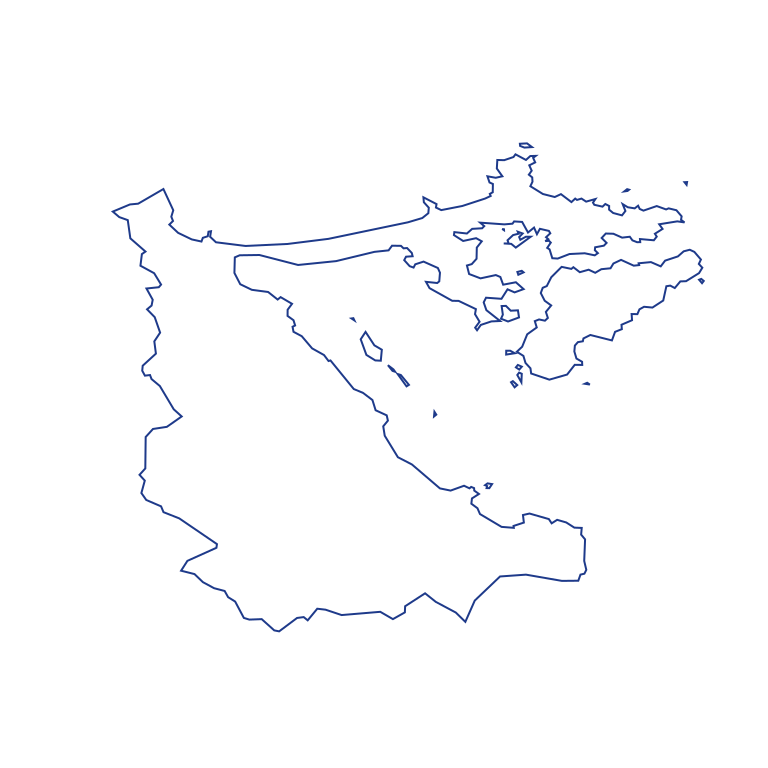 the district of Van Ninh, Khánh Hòa, Vietnam, rotated 280°
{"feature_id": "81297802B51561347842325", "entity_name": "Van Ninh", "entity_type": "district", "adm_level": 2, "iso_a3": "VNM", "parent_name": "Vietnam", "parent_adm1": "Khánh Hòa", "projection": "equal_earth", "projection_center": [109.333, 12.708], "detail": "fine", "context": "isolated", "style": "outline", "palette": "blue", "viewbox_px": 768, "rotation_deg": 280, "n_neighbors": 0, "source": "geoboundaries", "source_scale": "gbopen_adm2", "svg_char_len": 6184}
<svg xmlns="http://www.w3.org/2000/svg" viewBox="0 0 768 768"><g transform="rotate(280 384 384)"><path d="M458.2,123.6L453.2,138.4L443.2,147.2L440.2,145.4L436.8,133.5L426.8,141.6L420.9,141.5L416.4,137.7L410.0,146.6L395.7,154.6L386.1,150.4L374.3,154.1L360.1,143.2L355.1,143.6L350.7,147.1L352.2,152.0L348.5,154.2L343.1,163.6L322.6,181.3L316.9,190.4L304.1,177.6L299.6,164.3L290.4,158.5L259.4,163.6L252.1,159.0L247.3,165.2L234.5,164.0L228.5,170.0L224.8,185.7L219.5,189.1L216.1,205.7L197.3,247.3L193.6,247.4L175.7,221.1L164.9,216.6L163.9,230.4L157.4,240.1L153.4,252.1L152.5,263.0L147.0,267.5L143.9,275.2L129.3,286.6L128.6,292.3L131.2,304.4L122.3,318.7L122.2,323.7L138.5,339.0L140.5,345.4L138.0,349.9L151.1,357.3L151.6,365.6L149.1,382.4L159.0,419.9L154.0,433.6L162.7,444.2L168.8,443.4L185.0,460.8L178.4,472.9L171.4,494.4L163.9,505.4L186.5,511.0L214.6,531.7L220.9,556.9L221.0,593.4L224.0,609.5L230.4,610.6L232.0,614.3L236.1,615.5L244.5,611.9L265.9,609.0L269.9,604.3L276.6,603.7L275.6,596.4L279.3,587.5L280.3,578.1L275.9,573.3L279.6,569.8L281.7,549.8L279.1,543.6L271.8,545.8L266.7,536.2L264.9,536.8L263.7,524.6L272.6,501.1L277.9,497.6L281.3,490.8L286.6,490.5L292.2,496.6L294.7,491.4L297.1,490.8L297.8,487.7L296.1,486.3L297.7,480.5L290.6,468.1L290.9,457.2L309.6,425.5L314.3,410.4L333.2,393.7L342.2,390.6L348.6,394.2L353.6,392.1L356.7,380.3L366.2,375.4L371.6,364.9L373.8,355.1L397.9,327.2L397.0,325.4L402.1,319.9L406.6,307.0L416.8,294.7L419.7,285.8L424.5,284.0L426.2,286.3L431.1,283.8L434.3,277.2L440.4,276.2L447.0,279.5L451.6,267.1L448.7,264.6L454.5,253.9L453.8,237.5L457.3,225.1L467.4,217.4L482.8,215.1L485.7,219.5L489.4,238.9L486.3,278.7L496.7,315.5L512.5,351.7L516.4,365.3L521.6,367.9L523.0,376.7L521.0,379.7L521.9,383.1L517.9,388.6L514.8,390.0L513.2,383.6L509.5,382.4L504.5,388.8L503.8,392.9L507.3,394.0L511.4,401.7L507.6,416.9L503.3,419.8L494.7,420.6L492.7,418.9L491.9,407.6L486.3,412.2L477.8,436.7L478.8,443.1L473.7,461.5L468.6,461.5L461.9,467.3L455.3,464.0L453.1,466.3L459.0,469.1L464.3,478.9L466.2,487.4L474.5,472.0L481.7,468.0L486.7,469.5L488.3,484.9L498.7,489.2L496.9,496.7L501.7,505.0L507.1,496.2L502.5,484.1L509.6,480.0L510.7,475.2L504.8,460.7L507.1,448.7L515.1,445.1L517.3,449.6L523.4,453.4L534.5,451.7L541.5,455.5L543.6,449.4L538.6,437.1L542.8,427.0L545.8,426.9L546.6,439.5L552.1,443.9L554.4,453.6L556.9,455.3L559.6,450.7L562.1,474.8L564.2,482.7L566.7,483.9L567.6,491.9L558.2,499.5L564.1,504.6L558.1,508.6L563.9,510.6L563.4,519.8L561.3,521.6L556.7,518.1L555.2,520.6L552.7,518.0L553.7,521.6L552.2,523.7L546.4,521.1L545.3,523.7L537.1,527.9L537.7,533.3L544.2,544.1L547.6,559.0L547.3,569.2L550.0,571.9L552.4,568.4L555.3,568.2L558.4,576.5L561.6,578.7L565.6,573.0L570.7,576.3L571.8,583.8L569.5,593.1L571.7,600.5L568.6,603.7L567.6,608.6L568.2,611.7L571.2,610.9L572.4,624.8L576.5,627.0L579.0,624.7L585.1,631.4L589.1,627.3L595.1,644.6L595.3,651.9L597.3,648.0L600.8,648.0L605.9,641.8L606.4,633.8L604.9,631.5L606.6,621.7L599.8,609.4L600.8,605.4L603.7,603.3L600.5,600.4L600.4,593.4L602.6,587.8L596.3,591.7L591.4,589.1L592.2,580.0L594.8,575.4L598.4,574.8L599.7,570.7L596.6,568.4L597.0,560.0L598.9,558.3L602.9,560.1L598.7,551.4L600.9,546.3L598.8,542.1L599.8,540.1L595.7,537.0L601.7,525.3L597.8,519.7L598.7,507.5L604.2,493.8L609.0,495.1L613.2,494.1L615.3,490.3L619.7,492.4L624.6,489.1L628.5,494.4L632.6,491.6L635.0,493.8L633.9,488.5L629.3,484.9L633.0,473.6L630.0,472.1L625.3,463.5L624.3,456.7L615.8,457.7L609.1,464.5L606.5,458.2L606.5,449.8L600.8,452.9L599.9,456.5L591.7,457.8L589.6,455.2L587.7,456.4L584.2,451.4L572.9,430.2L565.2,410.2L566.8,404.5L570.3,404.5L574.7,390.4L569.9,391.7L565.4,397.5L559.9,398.0L554.1,392.9L547.4,379.5L517.3,304.1L505.1,264.5L495.9,223.7L494.4,193.9L498.8,187.2L504.4,187.1L503.5,184.7L498.9,184.8L496.5,180.2L492.6,179.5L493.0,169.6L497.1,155.0L503.7,144.9L507.9,147.9L511.8,145.5L518.5,146.3L537.7,132.9L518.9,110.6L516.7,102.6L506.7,87.0L502.4,94.3L500.9,103.2L483.4,108.9L473.0,126.1L469.9,123.0L458.2,123.6ZM444.7,513.6L438.8,509.2L435.9,516.4L429.3,519.7L424.9,525.5L419.9,527.1L417.0,546.1L425.1,562.7L436.0,568.5L437.2,575.9L440.3,575.2L442.5,569.1L449.1,565.8L455.0,565.3L458.9,567.7L460.6,572.4L463.5,572.5L468.1,578.7L466.5,600.9L475.5,602.5L479.3,608.7L483.6,607.6L489.9,617.2L495.9,615.7L496.8,621.4L501.9,622.6L505.2,626.7L505.9,635.1L514.7,644.5L529.3,645.1L530.6,648.8L529.0,653.7L536.5,658.0L537.7,663.6L547.9,675.0L553.8,677.3L556.9,673.2L561.6,674.5L568.0,666.7L569.3,661.8L566.7,656.1L560.7,651.3L554.3,639.4L547.9,636.1L550.4,625.7L547.1,613.8L545.4,614.6L543.9,609.4L547.4,595.9L542.5,589.0L537.3,587.0L534.8,578.1L530.2,572.7L532.1,565.7L528.1,557.4L531.9,550.2L529.9,548.5L530.2,538.6L518.2,530.2L508.7,527.3L506.3,523.6L500.8,522.6L493.9,527.8L490.4,535.0L483.1,530.9L477.5,533.9L474.3,531.5L474.5,525.5L472.1,521.6L466.2,524.6L457.8,516.4L444.7,513.6ZM424.0,353.3L409.6,361.6L405.7,371.3L406.4,376.8L417.4,375.9L420.4,367.8L432.1,356.8L424.0,353.3ZM481.2,486.3L472.9,489.0L468.6,487.9L467.1,495.3L473.0,505.4L479.8,503.1L478.2,496.1L482.1,490.5L481.2,486.3ZM544.0,482.4L543.2,477.5L544.1,485.0L541.2,490.1L554.5,502.9L553.7,498.2L549.7,493.2L552.2,491.6L556.3,494.4L557.2,489.3L555.4,490.5L553.1,485.3L547.0,480.7L544.0,482.4ZM643.0,488.6L645.8,483.1L644.2,476.1L642.1,476.7L641.2,481.2L643.0,488.6ZM387.5,408.7L395.8,399.0L396.2,395.7L385.6,406.6L387.5,408.7ZM418.0,517.9L418.7,515.1L416.0,513.7L409.5,519.0L418.0,517.9ZM304.1,503.2L301.9,501.1L301.4,503.3L299.3,503.1L299.7,505.8L304.2,507.8L304.1,503.2ZM425.0,516.7L426.0,512.5L423.3,511.0L421.7,514.7L425.0,516.7ZM438.0,498.6L434.2,499.2L437.0,507.5L438.7,502.5L438.0,498.6ZM406.1,515.4L409.2,510.4L407.8,508.8L403.4,513.2L406.1,515.4ZM519.4,500.0L517.5,495.9L514.9,497.3L518.2,502.1L519.4,500.0ZM541.0,681.0L542.6,678.2L541.4,676.2L538.5,679.7L541.0,681.0ZM398.0,392.8L400.0,390.8L403.2,384.6L398.4,390.1L398.0,392.8ZM617.9,591.6L618.1,589.6L615.4,587.2L616.4,590.3L617.9,591.6ZM419.2,586.8L420.5,583.9L419.1,581.8L419.2,586.8ZM635.5,647.4L634.9,644.9L632.7,647.4L635.5,647.4ZM362.9,440.8L365.4,438.5L360.7,438.9L362.9,440.8ZM441.5,343.8L443.5,342.4L442.9,340.6L441.5,343.8ZM556.3,475.5L557.2,475.3L557.2,473.5L556.3,475.5Z" fill="none" stroke="#1e3a8a" stroke-width="2"/></g></svg>